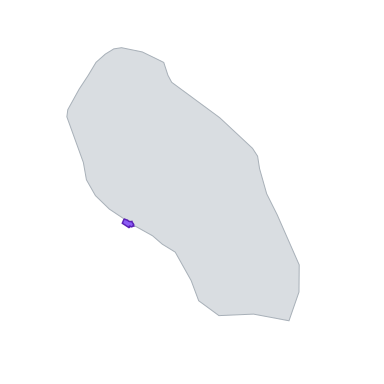 location of 48, Ad Dawhah, Qatar, rotated 138°
{"feature_id": "91078587B17099224452406", "entity_name": "48", "entity_type": "district", "adm_level": 2, "iso_a3": "QAT", "parent_name": "Qatar", "parent_adm1": "Ad Dawhah", "projection": "robinson", "projection_center": [51.565, 25.262], "detail": "fine", "context": "in_parent", "style": "filled", "palette": "violet", "viewbox_px": 384, "rotation_deg": 138, "n_neighbors": 0, "source": "geoboundaries", "source_scale": "gbopen_adm2", "svg_char_len": 1140}
<svg xmlns="http://www.w3.org/2000/svg" viewBox="0 0 384 384"><g transform="rotate(138 192 192)"><path d="M206.9,344.0L191.2,348.1L176.5,352.6L164.2,352.5L154.4,350.7L147.8,346.4L135.2,329.3L126.3,307.2L131.8,294.8L133.7,287.1L121.7,228.7L117.8,183.9L119.3,174.7L126.2,164.1L137.7,140.7L143.9,118.2L161.1,66.1L179.4,46.1L206.1,31.4L228.0,60.1L254.7,82.1L259.8,106.7L251.9,126.7L244.7,158.5L249.0,173.1L250.6,185.8L257.9,207.1L264.9,234.7L266.2,253.9L262.3,271.7L253.0,286.6L234.7,331.6L229.2,336.3L206.9,344.0Z" fill="#d9dde1" stroke="#a8b0b8" stroke-width="1"/><path d="M260.5,217.5L260.5,217.4L264.7,215.4L262.5,207.2L262.5,207.3L262.3,207.4L262.2,207.4L262.0,207.8L261.9,208.3L261.4,208.5L260.9,208.3L260.8,207.9L260.5,207.3L260.3,206.6L259.7,206.3L259.0,206.3L258.3,205.8L258.3,206.0L258.2,206.0L258.1,206.3L257.8,206.2L257.6,206.1L257.8,206.1L257.7,206.2L257.6,206.3L257.8,206.2L257.9,206.3L257.8,206.6L257.7,206.7L257.4,206.6L257.2,206.7L257.1,206.8L256.9,207.7L256.8,208.7L256.8,209.4L256.3,210.3L257.4,211.1L257.9,211.6L258.7,212.8L258.7,214.0L258.8,214.0L260.5,217.5Z" fill="#8b5cf6" stroke="#5b21b6" stroke-width="1.5"/></g></svg>